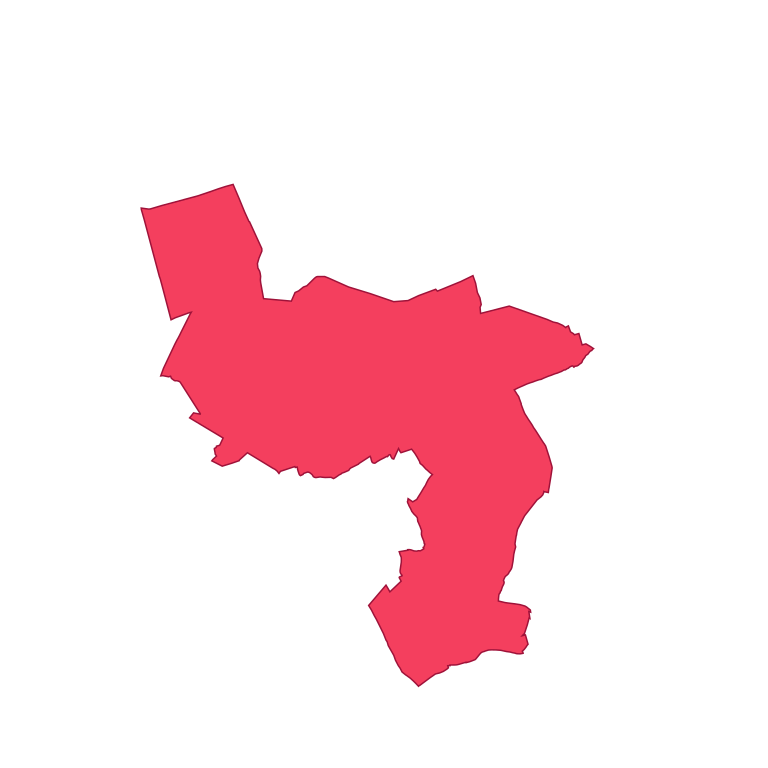 the district of Natívitas, Tlaxcala, Mexico, rotated 138°
{"feature_id": "50627088B73576999314002", "entity_name": "Natívitas", "entity_type": "district", "adm_level": 2, "iso_a3": "MEX", "parent_name": "Mexico", "parent_adm1": "Tlaxcala", "projection": "albers", "projection_center": [-98.329, 19.231], "detail": "fine", "context": "isolated", "style": "filled", "palette": "rose", "viewbox_px": 768, "rotation_deg": 138, "n_neighbors": 0, "source": "geoboundaries", "source_scale": "gbopen_adm2", "svg_char_len": 6155}
<svg xmlns="http://www.w3.org/2000/svg" viewBox="0 0 768 768"><g transform="rotate(138 384 384)"><path d="M375.4,594.5L375.6,594.7L375.6,595.2L372.4,605.3L367.6,618.7L362.6,633.3L369.6,636.8L376.5,639.9L383.3,642.7L396.7,648.5L429.5,665.2L440.4,670.4L441.0,670.8L441.8,671.4L446.7,677.2L447.6,676.0L452.2,666.6L479.0,614.2L480.0,611.7L481.5,608.8L482.5,606.8L484.8,602.3L499.3,574.2L494.8,572.9L481.0,567.3L479.2,566.3L480.9,565.8L500.1,558.3L503.8,556.8L504.7,556.5L505.7,556.1L508.4,555.2L512.6,553.6L537.4,543.2L544.5,539.4L542.8,538.2L539.2,533.4L537.4,532.6L538.2,530.4L537.5,526.8L536.9,526.0L535.8,525.1L535.0,523.9L534.3,522.5L534.3,521.3L540.4,484.8L540.8,484.6L542.5,486.9L544.2,489.0L544.7,489.9L545.1,489.9L551.1,488.9L550.7,487.5L539.7,451.5L546.9,448.5L547.5,448.6L550.1,449.9L551.2,449.1L553.2,449.6L553.8,448.9L555.7,445.7L556.3,445.0L556.7,442.5L561.8,442.4L563.4,442.1L559.2,431.2L550.0,426.9L542.9,423.9L542.4,424.3L531.5,424.3L523.0,395.9L522.1,393.5L521.7,390.8L521.9,387.8L519.4,388.4L505.5,382.3L505.8,381.3L504.1,380.4L504.6,379.4L505.2,378.6L506.3,376.4L507.5,373.5L507.6,372.9L507.4,371.8L504.8,371.0L504.5,371.0L503.8,371.3L503.3,371.2L500.2,369.9L499.5,369.5L499.2,369.1L498.6,368.0L498.4,367.1L498.1,365.2L498.1,364.6L498.2,363.7L498.5,362.6L498.2,361.4L497.7,360.6L497.2,360.0L494.0,357.9L493.3,357.3L492.5,356.3L490.3,353.9L485.8,350.1L484.8,347.5L482.7,347.0L477.8,346.4L476.5,345.9L474.9,345.9L472.8,345.0L471.0,344.4L468.0,343.4L466.0,343.9L464.8,343.8L456.5,341.5L456.0,341.7L442.7,339.6L443.1,338.2L443.7,337.1L444.6,335.4L445.1,334.1L445.1,333.1L444.7,332.3L443.9,331.4L443.2,331.1L441.1,330.9L437.5,330.2L432.8,328.9L431.7,328.7L430.7,328.4L430.1,327.7L429.8,327.7L429.3,327.7L428.6,328.0L428.1,328.0L427.2,327.7L426.8,327.5L426.7,327.3L426.8,326.9L427.4,325.3L427.8,323.1L427.0,321.7L416.4,326.3L416.7,325.2L416.9,324.3L417.2,323.3L417.4,321.6L407.1,317.1L407.2,315.4L407.5,311.8L408.3,307.4L409.4,302.7L410.1,301.3L410.3,300.7L409.8,297.8L409.8,295.4L409.8,292.7L409.5,290.9L409.2,287.5L408.6,284.3L410.9,284.2L413.1,283.8L415.0,283.4L418.2,282.2L420.9,281.0L424.0,280.2L429.4,278.5L434.0,277.2L436.9,276.3L441.5,277.2L442.8,282.7L443.6,282.1L444.1,281.5L445.3,280.9L445.9,279.8L446.2,278.6L446.9,276.7L447.6,273.7L448.6,270.6L448.8,267.3L448.6,264.6L448.7,262.3L449.8,260.8L450.8,259.3L451.4,257.3L452.1,255.4L452.5,254.0L453.2,252.4L453.7,251.0L454.5,249.5L455.5,248.6L457.0,247.0L458.0,244.9L459.8,240.0L460.7,238.9L460.8,237.7L461.2,237.6L462.3,236.7L464.1,235.9L464.3,236.1L464.7,234.9L467.8,235.5L468.7,235.8L470.1,237.2L471.4,237.8L471.9,238.3L473.4,239.9L475.0,242.8L476.0,244.0L477.2,245.0L477.5,244.5L484.9,249.2L486.2,246.4L487.0,244.0L487.5,243.2L488.7,241.8L490.4,240.0L496.8,234.7L497.8,233.5L498.2,232.7L498.5,231.7L498.6,229.8L498.9,229.4L501.5,230.2L501.9,230.2L502.3,229.9L503.2,226.0L518.7,225.6L517.8,229.6L517.1,233.2L543.6,229.7L544.6,224.3L546.2,218.4L547.1,214.3L549.1,207.1L550.4,202.5L551.4,198.9L552.7,195.4L553.9,192.2L554.1,190.4L555.9,186.7L557.6,178.9L558.3,175.8L560.3,171.0L561.8,165.2L562.2,161.9L563.3,157.9L562.6,153.6L561.4,148.4L560.9,143.7L560.7,140.3L560.6,136.9L560.6,136.3L559.7,136.4L559.3,136.1L546.2,134.9L539.8,134.1L539.4,133.9L535.9,132.0L532.2,130.7L527.9,130.0L526.0,130.0L525.1,132.0L523.4,130.5L523.0,131.0L519.8,128.2L518.5,127.1L517.3,126.3L515.8,125.5L509.3,122.4L509.5,122.0L507.9,121.2L506.4,120.4L504.4,119.6L500.7,118.2L499.8,118.2L493.3,119.2L491.3,119.3L489.9,118.9L488.6,118.2L486.9,117.6L486.4,117.3L484.4,116.4L482.0,114.5L478.5,111.2L475.7,108.3L474.7,107.0L472.0,103.2L469.6,100.4L468.4,98.5L466.8,96.4L466.1,95.1L465.0,93.9L463.4,92.4L461.7,91.3L460.8,90.8L460.3,91.7L460.2,92.6L459.7,93.0L459.1,92.9L458.1,92.9L457.0,93.0L454.3,93.5L452.7,94.0L451.1,94.2L446.8,102.9L449.6,104.4L447.6,104.6L447.1,104.3L438.7,109.1L432.6,113.1L432.4,112.2L428.6,118.0L427.7,116.3L426.5,118.1L427.2,122.6L427.6,124.0L427.9,124.8L430.6,129.1L433.9,133.1L438.6,138.5L440.4,140.7L444.2,146.2L442.3,148.1L440.0,150.2L439.2,150.8L438.5,151.0L437.6,151.1L436.0,152.1L435.3,152.0L434.7,152.3L434.0,152.8L431.7,154.1L429.1,155.1L428.2,155.6L427.3,156.4L426.7,158.0L425.3,158.8L424.3,159.2L423.1,159.7L422.1,159.8L420.6,159.7L420.0,159.7L418.3,159.8L417.6,160.2L416.4,160.6L415.5,160.7L412.9,161.5L411.6,162.2L406.7,166.0L401.5,170.6L398.4,172.8L395.2,174.8L393.6,177.6L387.5,182.6L386.7,183.0L384.7,184.7L381.9,186.7L374.8,189.3L374.0,189.7L372.7,190.1L370.4,191.0L367.6,192.0L347.5,195.5L347.3,195.4L342.7,195.1L340.1,195.4L338.3,196.3L337.4,196.7L337.1,197.1L336.8,196.5L334.5,193.4L331.7,195.8L331.2,196.1L322.0,203.5L315.2,209.1L314.3,210.5L310.1,219.2L305.4,229.7L304.9,232.6L304.9,233.1L304.4,236.4L302.5,247.6L302.0,251.6L301.4,254.1L300.8,257.9L300.5,260.2L300.3,261.6L299.8,264.3L299.4,266.8L299.1,268.2L297.8,271.8L295.7,277.1L295.2,277.6L293.1,282.8L292.5,284.1L292.2,285.5L292.1,286.8L291.1,292.5L287.0,291.4L277.8,288.4L274.6,287.1L272.0,285.9L269.6,285.0L265.9,283.4L264.1,282.3L261.4,281.5L256.6,279.8L254.1,278.7L250.3,277.3L247.8,276.1L245.0,275.1L243.8,274.6L241.9,274.2L241.0,274.0L239.6,273.1L237.8,272.9L236.6,272.4L235.6,272.4L233.9,272.2L232.4,271.7L231.8,271.3L231.6,270.8L231.7,269.7L231.6,269.4L231.1,269.5L230.7,269.7L229.4,268.9L228.6,268.3L228.0,268.2L227.1,267.9L225.5,267.9L223.4,267.6L222.4,267.7L220.7,268.6L219.4,269.0L218.0,269.2L216.6,269.5L215.2,270.1L213.8,270.0L212.8,269.7L209.9,270.3L208.6,270.4L207.2,269.9L205.7,270.2L204.6,270.1L205.4,273.4L207.1,278.7L210.6,280.5L205.4,291.1L209.6,293.2L209.5,294.5L210.5,297.9L208.1,303.8L210.3,304.4L211.0,304.5L211.2,304.4L212.0,308.1L214.2,313.2L216.8,316.8L219.6,322.9L238.8,358.1L265.0,371.8L261.3,376.7L258.6,378.0L255.1,383.8L253.4,389.5L248.5,397.6L245.4,405.0L258.5,408.8L282.2,417.3L282.2,419.8L299.1,426.5L310.3,429.9L321.7,438.7L333.7,460.3L345.4,479.8L354.4,500.0L356.2,503.6L361.5,508.3L362.6,508.9L364.8,509.1L375.6,508.6L379.0,510.0L385.1,510.3L388.9,511.5L397.4,507.6L416.4,528.0L408.0,541.6L406.2,544.1L403.6,546.6L401.9,549.2L400.9,551.2L400.1,554.6L397.5,558.2L392.5,561.3L385.8,564.5L384.2,566.4L375.4,594.5Z" fill="#f43f5e" stroke="#9f1239" stroke-width="1.5"/></g></svg>